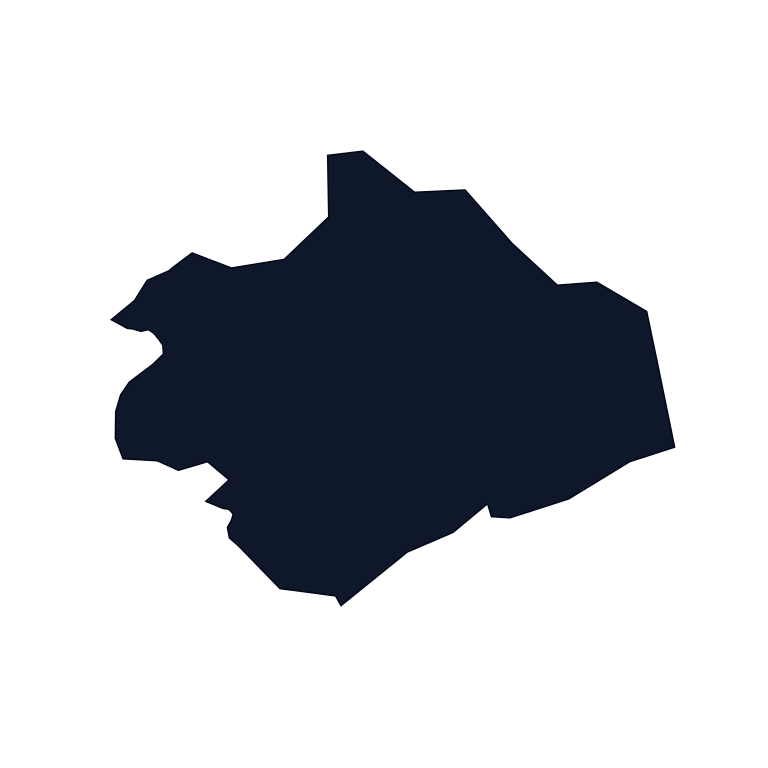 SVG path tracing the border of Brocenu, rotated 143°
{"feature_id": "LVA-5711", "entity_name": "Brocenu", "entity_type": "Municipality", "adm_level": 1, "iso_a3": "LVA", "parent_name": "Latvia", "parent_adm1": "", "projection": "robinson", "projection_center": [22.717, 56.707], "detail": "fine", "context": "isolated", "style": "filled", "palette": "ink", "viewbox_px": 768, "rotation_deg": 143, "n_neighbors": 0, "source": "natural_earth", "source_scale": "10m", "svg_char_len": 843}
<svg xmlns="http://www.w3.org/2000/svg" viewBox="0 0 768 768"><g transform="rotate(143 384 384)"><path d="M551.7,232.9L550.2,243.9L590.2,283.2L597.6,342.0L600.1,354.1L595.4,363.7L588.2,366.8L582.7,370.8L583.3,377.3L587.6,381.7L596.9,397.5L565.4,400.7L571.7,428.2L600.1,438.8L611.3,459.2L637.4,481.3L631.3,502.2L614.9,523.4L600.9,533.8L586.2,538.8L557.0,538.8L542.1,540.7L537.3,548.1L537.0,555.4L537.3,563.0L539.4,569.2L546.4,572.3L551.5,579.2L555.5,582.9L563.1,599.5L533.0,600.8L510.8,609.3L487.4,603.8L483.0,604.2L458.4,604.1L436.1,568.5L388.8,543.6L327.6,550.7L291.4,600.5L260.8,582.7L244.2,518.7L202.5,490.2L197.1,419.1L186.1,358.6L152.8,337.2L130.6,283.8L155.7,230.5L189.9,158.7L234.5,174.1L305.7,181.1L363.9,201.3L378.0,213.4L373.3,226.1L418.3,224.0L466.6,235.8L551.7,232.9Z" fill="#0f172a" stroke="#020617" stroke-width="1.5"/></g></svg>